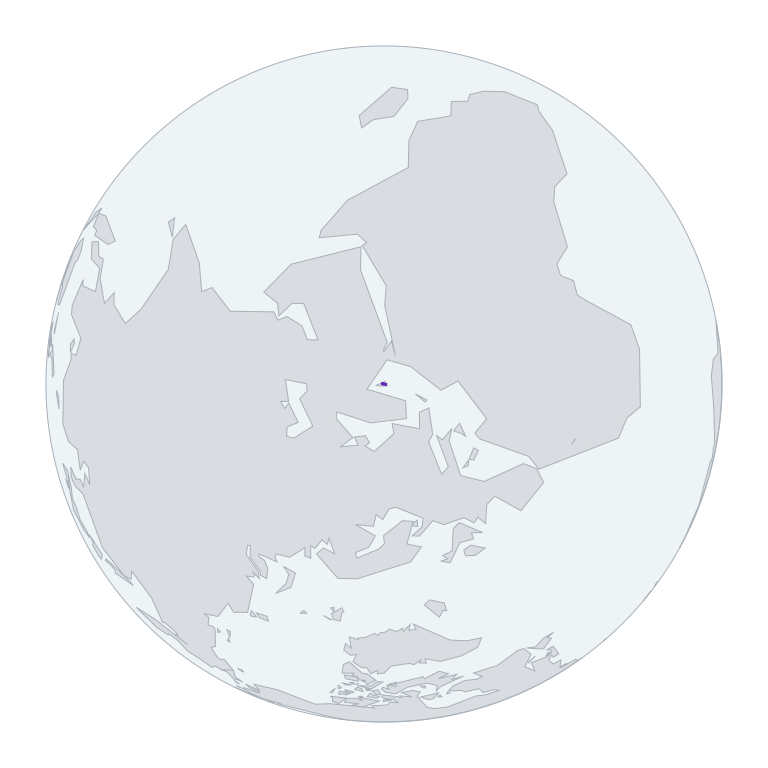 Nicosia on an orthographic globe, rotated 196°
{"feature_id": "CYP-3464", "entity_name": "Nicosia", "entity_type": "District", "adm_level": 1, "iso_a3": "CYP", "parent_name": "Cyprus", "parent_adm1": "", "projection": "orthographic", "projection_center": [33.02, 35.04], "detail": "fine", "context": "on_globe", "style": "filled", "palette": "violet", "viewbox_px": 768, "rotation_deg": 196, "n_neighbors": 0, "source": "natural_earth", "source_scale": "10m", "svg_char_len": 11361}
<svg xmlns="http://www.w3.org/2000/svg" viewBox="0 0 768 768"><g transform="rotate(196 384 384)"><circle cx="384" cy="384" r="338" fill="#eef3f6" stroke="#a8b0b8"/><path d="M324.8,51.3L344.2,49.2L384.4,47.9L398.3,47.3L394.3,48.3L421.5,48.3L444.1,51.5L417.8,48.3L414.5,48.4L429.4,50.2L429.3,50.9L436.4,52.5L434.9,53.5L419.6,52.5L418.3,53.4L429.0,54.8L434.2,57.3L418.7,55.0L426.2,59.5L402.0,60.7L361.9,57.2L347.5,61.9L303.8,69.9L306.9,71.3L292.3,76.4L290.4,80.2L282.8,81.5L287.9,83.6L295.2,81.8L299.8,82.4L299.4,84.8L289.7,86.4L288.5,85.5L285.4,87.3L280.7,87.3L282.8,88.6L271.0,90.9L281.9,92.3L271.9,97.3L264.3,97.9L266.2,93.0L253.2,85.1L246.1,85.8L234.2,90.8L209.4,109.6L201.1,112.9L189.0,121.0L193.0,120.9L203.9,114.7L208.4,117.4L221.2,110.4L224.9,110.9L237.6,106.5L234.4,112.7L224.4,121.4L213.7,125.6L209.1,129.9L218.2,130.9L197.4,144.7L182.0,164.7L176.7,168.2L168.2,164.7L170.7,151.0L159.8,149.8L165.5,156.7L152.3,166.7L149.5,171.2L149.5,174.7L154.0,173.5L149.2,178.6L141.7,172.9L145.9,168.1L148.3,169.7L149.4,163.8L144.2,161.5L137.9,167.6L136.8,160.4L132.3,165.0L129.5,166.5L136.8,159.4L123.7,172.4L121.4,171.4L117.8,175.9L133.7,157.0L150.9,139.3L169.4,123.0L189.1,108.0L209.7,94.5L231.4,82.5L253.8,72.2L276.9,63.5L300.6,56.5L324.8,51.3ZM54.8,307.6L53.2,316.3L52.6,318.2L47.9,354.6L48.6,382.8L48.8,399.3L48.1,404.1L49.7,413.3L49.8,418.3L61.3,454.5L71.6,481.9L74.2,498.6L71.5,505.9L82.2,536.0L71.4,512.3L62.4,487.8L55.4,462.7L50.3,437.1L47.2,411.2L46.1,385.2L47.0,359.1L49.9,333.2L54.8,307.6ZM333.3,49.9L332.0,50.1L331.7,50.2L333.3,49.9ZM408.3,47.3L400.3,46.9L408.1,47.2L408.3,47.3ZM437.7,52.6L440.0,52.7L442.7,53.6L437.7,52.6ZM238.5,103.5L238.0,105.0L235.9,105.0L238.5,103.5ZM244.4,100.5L242.3,99.5L244.8,97.9L246.0,98.6L244.4,100.5ZM442.9,56.1L446.5,58.0L440.2,55.8L442.9,56.1ZM246.4,102.2L249.5,95.4L253.9,92.8L262.4,93.2L246.4,102.2ZM446.9,58.9L455.9,64.2L461.9,64.5L450.1,67.4L446.3,61.4L437.6,58.5L444.6,59.6L446.9,58.9ZM297.7,80.3L289.9,82.3L296.8,78.6L297.7,80.3ZM301.0,77.9L315.5,67.4L326.7,66.3L319.6,69.7L334.5,67.1L332.9,71.6L324.3,74.1L317.4,73.8L322.1,75.9L301.0,77.9ZM442.1,68.5L442.1,70.0L439.2,68.4L442.1,68.5ZM302.2,82.4L304.2,80.1L314.1,78.8L312.0,83.2L309.5,82.1L302.2,82.4ZM339.2,64.5L346.2,64.7L346.8,68.3L349.6,69.0L333.8,71.7L339.2,64.5ZM307.0,83.6L310.7,85.6L305.7,88.4L301.0,84.6L307.0,83.6ZM317.5,76.8L322.1,76.5L318.9,78.0L317.5,76.8ZM289.8,100.8L291.9,97.5L297.2,96.4L289.8,100.8ZM312.5,86.1L314.2,85.1L316.5,84.5L317.9,86.4L312.5,86.1ZM335.4,74.3L334.1,75.9L341.9,73.3L342.6,76.3L331.9,77.8L336.9,78.4L337.1,79.4L328.1,79.6L335.4,74.3ZM326.3,86.7L312.9,90.3L307.9,96.3L303.0,97.2L312.0,87.5L326.3,86.7ZM328.1,82.4L325.9,85.2L320.9,84.7L319.4,82.5L328.1,82.4ZM347.0,78.1L348.6,73.0L350.9,72.9L347.0,78.1ZM325.8,88.4L329.0,87.6L326.0,88.9L325.8,88.4ZM341.6,81.2L341.8,79.3L344.4,79.2L341.6,81.2ZM335.3,87.6L331.0,88.7L329.8,87.1L335.3,87.6ZM338.9,84.7L342.4,85.2L332.0,85.9L338.6,83.9L338.9,84.7ZM344.0,81.5L345.6,80.8L343.5,82.3L344.0,81.5ZM342.1,93.4L329.2,94.8L326.7,91.1L339.6,90.2L342.1,93.4ZM147.9,487.8L131.3,432.6L141.0,418.6L143.8,396.6L211.6,344.8L224.8,354.3L276.8,357.6L283.1,361.8L275.7,378.9L313.7,407.2L327.5,393.7L363.2,408.1L387.8,408.0L398.9,374.3L358.6,373.8L352.9,356.9L386.2,342.9L421.5,344.2L420.5,337.7L399.2,323.9L408.4,311.7L391.9,318.1L397.8,324.7L387.6,329.2L381.7,323.6L385.1,319.3L374.8,316.3L360.8,339.0L365.3,348.2L337.5,350.8L342.2,366.7L334.3,373.3L323.3,349.1L325.2,340.7L303.8,313.2L299.3,322.1L319.2,349.0L312.5,346.4L306.5,360.0L305.8,347.5L285.2,317.1L260.9,317.9L227.9,346.0L214.1,344.7L203.4,333.5L217.4,299.9L246.7,306.8L252.0,296.3L247.8,277.7L257.1,281.8L259.0,275.4L270.2,277.5L287.7,265.3L299.4,266.1L308.0,247.6L315.1,245.8L308.0,257.0L309.4,265.8L338.6,268.8L344.7,265.3L347.9,253.3L355.5,256.2L354.9,244.3L372.5,241.0L350.5,235.6L353.7,222.8L365.1,214.0L362.2,209.1L343.5,223.8L339.6,230.7L342.6,238.0L328.5,257.7L318.1,259.9L317.9,236.6L303.1,237.7L309.4,220.3L356.1,189.3L374.8,184.5L402.1,202.1L396.8,209.8L384.4,207.0L394.4,220.9L394.3,214.3L400.6,217.1L405.3,206.8L410.0,208.4L406.4,196.2L412.7,197.0L414.9,204.7L427.1,191.4L440.6,191.0L441.1,187.3L437.8,183.5L457.2,186.2L456.7,183.5L450.2,181.4L444.9,174.8L443.2,164.6L450.0,166.1L451.5,169.9L465.0,180.9L468.0,191.8L470.7,191.5L469.6,182.4L453.2,168.9L450.3,162.5L458.9,167.7L455.5,165.3L456.2,162.6L463.2,161.5L454.1,155.4L452.2,126.9L465.6,123.1L473.5,130.3L479.4,114.8L494.0,113.6L488.0,111.4L486.7,103.8L482.1,104.0L479.1,102.5L473.6,85.3L477.6,83.1L468.4,75.1L465.3,74.2L461.8,75.2L450.1,67.4L461.9,64.5L468.4,66.4L471.4,64.1L485.7,69.3L499.0,73.1L513.0,81.4L522.2,84.5L522.3,83.3L535.0,87.3L560.7,101.1L539.5,94.8L500.7,79.3L516.5,85.5L512.8,85.9L518.4,89.5L529.6,94.4L530.9,93.7L548.2,114.0L574.8,134.6L573.2,126.7L580.4,127.8L609.3,148.8L643.0,195.3L652.9,200.9L659.0,208.2L662.3,218.0L653.6,207.5L649.8,208.7L644.3,201.8L646.8,215.4L639.2,206.2L644.9,222.2L651.6,226.8L652.2,217.5L660.5,236.4L671.5,241.9L681.7,257.1L693.1,299.1L691.5,321.3L693.2,327.4L687.9,326.8L687.9,344.3L703.4,364.4L705.4,373.4L702.0,401.5L700.7,395.2L686.8,393.4L689.2,416.8L699.9,423.6L703.8,440.2L697.8,442.1L693.2,428.0L688.2,426.7L686.0,407.2L674.9,384.4L668.5,397.5L665.6,386.0L649.4,370.7L638.2,388.8L622.9,434.7L626.5,464.8L618.6,482.7L595.0,449.6L584.7,422.5L576.0,429.3L551.8,411.6L509.6,423.0L503.8,416.1L495.8,422.0L478.8,417.3L469.9,405.4L459.5,408.1L483.3,439.2L494.5,436.3L503.9,420.6L508.5,432.2L524.9,439.2L506.2,473.6L443.9,509.6L438.1,487.3L392.4,425.0L393.9,417.4L393.8,416.5L393.2,415.0L388.7,427.4L380.9,414.5L405.0,459.8L408.9,479.0L443.0,511.1L439.7,515.0L450.8,520.8L486.6,506.7L486.8,514.2L469.6,550.8L420.3,598.8L427.1,624.7L424.0,645.7L393.8,660.1L397.1,674.0L381.6,678.9L381.1,686.0L369.0,692.9L348.7,698.2L313.3,694.6L310.5,688.9L292.0,674.4L266.0,636.4L274.3,620.7L270.9,605.7L245.4,566.3L250.9,547.2L244.2,536.9L230.4,535.6L222.7,522.9L214.4,520.3L163.0,509.0L147.9,487.8ZM187.1,377.4L185.0,383.9L184.9,383.9L187.1,377.4ZM458.6,362.9L480.0,361.1L470.9,340.9L478.4,338.8L472.6,333.0L470.2,339.5L456.0,323.4L465.4,315.8L463.1,306.8L455.8,307.1L440.8,323.9L461.0,346.5L455.9,356.0L458.6,362.9ZM53.1,316.7L52.1,322.3L52.6,319.0L53.1,316.7ZM68.6,263.8L66.7,269.9L67.6,266.0L68.6,263.8ZM75.2,246.7L70.0,259.5L71.1,256.4L75.2,246.7ZM100.1,200.8L100.6,200.0L102.7,196.8L100.1,200.8ZM152.8,167.0L153.2,167.6L152.0,171.8L150.4,171.2L152.8,167.0ZM160.5,183.9L152.6,191.9L157.1,185.4L153.1,185.7L157.7,173.2L174.3,169.4L165.9,173.0L160.5,183.9ZM168.3,156.6L163.6,164.2L168.1,156.0L168.3,156.6ZM258.3,241.2L261.5,246.4L256.3,252.9L241.6,254.2L248.9,244.5L258.3,241.2ZM267.3,252.5L271.2,230.4L280.6,229.4L274.7,233.5L280.4,235.2L272.5,242.4L277.6,264.1L273.4,271.5L248.4,268.4L258.9,265.0L255.1,259.8L267.3,252.5ZM264.7,182.8L266.5,175.2L284.4,182.7L280.7,189.0L265.7,190.1L261.3,183.3L264.7,182.8ZM260.9,105.2L260.4,103.3L263.1,102.6L265.7,103.7L260.9,105.2ZM290.3,99.3L265.7,113.4L264.0,111.8L251.7,123.1L242.2,123.3L250.5,115.8L234.0,125.0L237.7,118.3L227.0,125.3L246.4,108.5L249.1,103.5L249.7,108.8L258.4,108.5L262.9,107.0L277.7,99.1L287.6,89.2L297.8,88.1L302.3,90.0L301.4,92.2L295.1,92.0L298.5,95.1L288.8,96.7L290.3,99.3ZM349.4,124.0L342.5,121.0L347.7,131.2L337.9,131.3L339.1,132.5L331.5,135.6L324.5,141.6L320.2,140.8L319.3,143.6L314.2,146.0L311.5,149.7L303.0,149.7L299.0,154.4L297.2,151.7L292.6,160.0L292.2,154.0L285.6,157.1L289.5,161.3L249.9,156.1L233.6,160.0L220.3,166.9L221.3,156.7L234.5,144.2L253.2,132.9L268.7,131.2L266.4,127.4L273.1,125.6L272.1,129.4L277.7,122.6L282.9,122.3L299.5,114.8L304.2,106.1L310.4,103.5L311.2,106.8L316.8,102.0L322.5,106.6L327.1,105.1L337.2,108.4L336.1,116.3L341.3,114.0L349.3,117.0L349.4,124.0ZM344.8,94.6L345.7,103.0L340.8,107.5L325.1,99.9L320.2,100.7L310.0,96.8L317.3,90.6L319.6,92.2L323.5,92.4L319.6,94.2L325.6,92.9L328.9,95.2L334.4,94.9L333.2,97.6L344.8,94.6ZM291.1,356.2L296.1,357.8L304.2,358.1L300.5,367.1L291.1,356.2ZM276.7,335.6L281.4,335.3L280.2,347.3L275.0,346.0L276.7,335.6ZM285.0,325.2L281.7,334.3L280.4,328.6L285.0,325.2ZM312.5,256.3L317.6,255.6L317.7,258.4L314.4,262.4L312.5,256.3ZM362.9,157.2L359.7,154.0L361.4,152.8L360.7,144.0L367.9,143.7L371.1,148.9L362.9,157.2ZM391.5,380.2L383.8,386.8L380.3,383.6L383.6,382.0L391.5,380.2ZM339.6,378.0L351.0,383.1L338.4,380.4L339.6,378.0ZM370.6,155.4L369.5,151.7L373.7,153.9L370.6,155.4ZM373.1,143.1L378.3,144.8L368.7,142.7L373.1,143.1ZM513.4,696.2L515.0,695.5L515.4,695.3L513.4,696.2ZM481.8,635.2L458.5,671.3L442.5,673.5L439.6,664.9L448.3,643.9L466.9,635.3L476.1,624.0L481.8,635.2ZM715.6,448.7L707.8,470.3L703.7,475.4L705.5,468.7L712.1,456.1L715.6,448.7ZM705.1,469.3L697.8,468.9L681.8,447.4L687.6,442.0L703.2,447.2L702.4,452.5L706.8,455.1L705.1,469.3ZM719.7,413.0L718.7,426.5L715.2,437.6L713.1,441.1L711.8,429.2L712.6,419.1L714.5,414.9L717.7,370.4L719.7,370.9L719.7,387.7L721.0,393.3L719.7,413.0ZM628.0,466.9L635.9,480.2L631.1,486.0L628.0,466.9ZM715.6,344.4L716.6,363.3L714.7,341.1L715.6,344.4ZM712.5,325.8L714.1,331.3L712.3,328.4L712.5,325.8ZM696.3,335.7L694.4,341.8L692.8,337.7L694.2,327.6L696.3,335.7ZM689.4,270.4L695.4,282.6L697.1,287.6L693.4,282.5L689.4,270.4ZM430.3,153.0L423.3,165.0L423.0,174.6L430.3,181.1L417.0,177.7L417.4,162.8L430.3,153.0ZM448.8,129.7L442.3,124.9L447.0,124.2L449.2,125.2L448.8,129.7ZM443.6,128.8L432.2,128.4L429.8,124.0L439.3,125.1L443.6,128.8ZM401.3,140.7L398.7,144.1L395.3,142.1L401.3,140.7ZM721.7,396.0L721.6,398.3L721.6,398.7L721.3,404.1L721.3,403.6L721.2,405.8L719.8,421.7L720.6,411.9L721.4,394.1L721.6,384.9L721.8,374.0L721.8,376.2L721.5,392.5L721.6,397.9L721.9,390.8L721.7,396.0ZM720.0,349.1L718.7,344.3L719.2,353.1L716.7,329.1L718.6,337.6L720.0,349.1ZM716.4,331.4L717.1,339.5L715.4,326.6L716.4,331.4ZM716.3,337.2L714.6,330.8L715.0,328.1L716.3,337.2ZM716.5,329.4L713.6,316.7L715.3,321.8L716.5,329.4ZM710.1,316.8L713.8,320.4L711.8,325.6L704.2,303.6L704.5,298.8L710.1,316.8ZM664.0,206.2L659.8,201.4L657.9,196.4L661.4,201.0L664.0,206.2ZM647.9,177.8L656.0,193.5L661.8,207.4L663.5,207.4L671.0,219.2L664.7,214.1L655.5,197.2L652.3,188.6L645.1,179.8L638.7,169.8L629.7,161.3L624.7,155.3L631.9,160.6L647.9,177.8ZM625.9,158.1L607.8,142.4L607.4,137.9L611.3,140.3L619.8,149.2L619.5,151.0L625.9,158.1ZM603.3,137.5L602.8,139.3L575.3,125.1L569.4,121.2L590.2,128.3L590.8,130.6L597.7,135.3L603.3,137.5ZM445.7,70.3L442.4,70.0L444.5,69.3L445.7,70.3ZM476.6,102.8L472.8,100.6L475.4,99.4L476.6,102.8ZM463.8,94.2L463.5,97.1L461.0,93.4L463.8,94.2ZM463.4,103.8L462.1,97.9L467.4,104.5L463.4,103.8Z" fill="#d9dde1" stroke="#a8b0b8" stroke-width="1"/><path d="M385.9,383.1L386.0,383.2L386.0,383.4L386.2,383.6L386.2,383.8L386.2,384.0L386.3,384.0L386.3,383.9L386.3,384.0L386.4,384.3L386.3,384.5L386.2,384.5L386.2,384.4L386.1,384.5L386.0,384.4L385.9,384.4L385.9,384.5L385.7,384.6L385.4,384.6L385.2,384.8L384.9,384.8L384.7,384.8L384.4,384.9L384.2,384.9L383.9,384.6L383.7,384.5L383.4,384.6L383.2,384.6L382.9,384.5L382.8,384.8L382.7,384.8L382.4,384.8L382.3,384.7L382.2,384.7L382.3,384.6L382.3,384.4L382.2,384.1L382.0,383.9L382.1,383.6L382.0,383.4L381.9,383.4L381.8,383.2L382.0,383.2L382.0,383.3L382.1,383.2L382.3,383.1L382.5,383.2L382.5,383.3L382.9,383.5L383.0,383.5L383.1,383.8L383.2,383.7L383.3,383.7L383.5,383.6L383.8,383.6L384.0,383.4L384.3,383.3L384.4,383.2L384.4,383.3L384.5,383.3L384.6,383.2L384.8,383.1L385.0,383.2L385.3,383.3L385.5,383.2L385.8,383.1L385.9,383.1Z" fill="#8b5cf6" stroke="#5b21b6" stroke-width="1.5"/></g></svg>